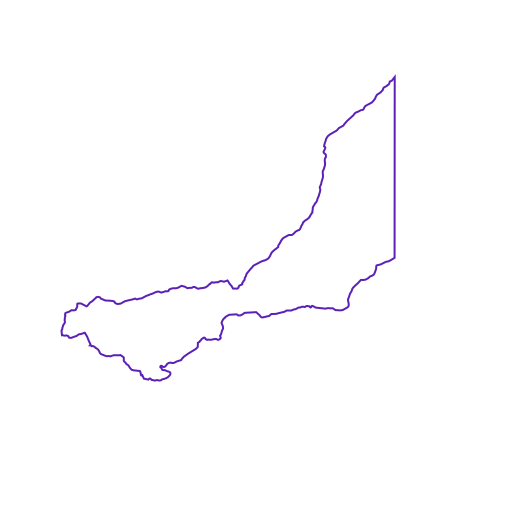 Oreamuno, Cartago, Costa Rica (Robinson projection), rotated 61°
{"feature_id": "36466004B47119988095233", "entity_name": "Oreamuno", "entity_type": "district", "adm_level": 2, "iso_a3": "CRI", "parent_name": "Costa Rica", "parent_adm1": "Cartago", "projection": "robinson", "projection_center": [-83.868, 9.997], "detail": "fine", "context": "isolated", "style": "outline", "palette": "violet", "viewbox_px": 512, "rotation_deg": 61, "n_neighbors": 0, "source": "geoboundaries", "source_scale": "gbopen_adm2", "svg_char_len": 6137}
<svg xmlns="http://www.w3.org/2000/svg" viewBox="0 0 512 512"><g transform="rotate(61 256 256)"><path d="M324.8,135.7L166.7,47.9L168.5,52.2L168.3,54.5L169.8,55.8L170.3,56.9L170.4,58.6L170.7,59.3L170.6,62.2L170.9,63.1L171.3,63.7L172.4,64.8L172.8,66.4L173.3,67.6L173.6,71.8L174.7,73.9L176.2,75.6L176.2,76.0L176.9,77.3L177.9,80.2L177.8,87.6L178.7,89.4L179.7,90.6L179.9,91.1L179.9,91.9L179.4,93.2L179.3,94.1L179.3,96.7L179.0,98.3L179.0,100.1L180.1,102.5L182.0,110.7L183.4,114.6L184.3,116.4L184.3,121.6L185.2,123.9L185.4,125.0L185.5,132.1L185.9,134.6L186.2,135.5L187.7,138.1L189.2,139.4L190.3,140.8L192.6,143.0L193.2,143.3L194.0,142.8L194.7,142.8L195.1,143.0L196.7,145.0L197.0,145.6L197.4,146.2L198.2,146.6L198.9,146.6L200.7,145.9L201.5,145.9L202.9,146.6L203.4,147.0L204.1,148.3L205.1,149.2L206.2,149.8L208.1,150.5L208.3,150.7L208.6,150.7L210.1,151.7L213.1,154.8L214.1,156.4L215.0,157.0L218.5,158.6L220.4,160.0L223.0,162.8L224.6,164.1L226.6,166.7L227.3,167.2L228.7,167.4L229.6,167.9L231.5,169.5L232.4,170.6L233.7,171.7L234.3,172.6L235.9,174.6L237.0,175.6L238.3,177.4L238.4,178.3L240.9,182.6L243.7,184.5L244.3,185.1L245.3,185.6L245.6,186.6L245.8,186.7L247.0,189.1L247.6,189.7L247.8,190.5L248.1,190.7L248.3,191.4L248.7,193.7L248.8,195.8L249.0,196.9L249.3,197.5L249.3,198.1L249.7,198.8L250.4,199.5L251.6,201.6L253.6,204.1L254.2,205.5L253.9,206.9L253.9,209.6L254.8,212.4L255.0,214.1L254.9,214.7L253.8,216.6L253.5,217.6L253.5,223.1L253.8,224.5L254.9,226.8L255.1,226.9L255.9,228.4L256.2,228.6L257.4,231.0L257.7,231.5L258.9,232.2L259.5,235.4L259.5,236.3L260.3,239.7L260.8,241.0L262.9,243.9L263.7,245.4L264.2,246.9L264.2,250.0L264.0,250.5L264.0,251.1L263.7,251.6L263.7,252.5L263.4,253.6L263.2,263.0L264.2,265.2L264.4,266.2L266.5,271.7L267.3,273.2L268.8,274.7L269.6,276.3L271.3,277.5L271.5,278.3L271.9,278.8L271.9,279.2L272.4,279.7L272.8,280.9L273.4,281.5L274.0,281.7L274.1,282.4L273.8,284.9L274.4,286.0L275.2,286.6L275.5,288.1L273.3,291.9L270.7,291.9L267.1,292.6L265.0,292.6L263.6,292.8L263.0,296.4L260.8,298.9L260.6,299.8L260.5,302.2L259.7,303.4L258.7,306.2L257.8,306.9L257.6,307.4L257.8,308.7L258.2,309.4L258.0,310.0L258.9,313.4L258.9,315.9L258.1,318.3L257.1,320.6L256.7,322.3L256.0,323.0L253.9,324.3L253.1,325.0L252.7,326.0L252.7,327.5L252.5,328.1L251.6,329.7L250.9,331.6L248.1,333.3L247.3,334.3L246.1,335.4L246.0,335.8L245.9,340.2L245.1,342.3L244.0,344.1L243.3,346.6L243.3,348.4L244.2,349.5L244.2,350.0L243.7,351.1L243.1,351.8L242.1,356.6L240.1,358.2L239.4,359.4L238.9,361.8L238.8,364.4L238.2,367.5L238.2,368.4L237.7,371.2L237.6,376.3L237.2,377.8L236.5,379.4L236.3,381.0L235.9,381.5L234.7,382.3L234.5,383.0L234.4,384.0L232.1,392.1L232.0,392.9L232.0,397.6L231.6,398.4L231.2,399.9L229.9,401.3L229.0,401.9L227.9,402.1L227.3,401.9L226.1,402.9L224.5,405.1L221.9,409.3L218.1,412.3L216.4,412.6L215.2,413.9L214.8,414.8L214.7,415.9L215.2,416.8L215.2,417.4L216.1,420.9L216.3,423.8L217.6,427.1L217.9,428.1L217.9,428.6L212.7,432.1L211.5,434.1L211.1,435.1L211.3,435.6L213.6,436.9L214.5,438.0L214.9,439.0L215.7,439.7L215.7,440.3L215.1,442.0L214.2,443.2L214.0,443.7L214.1,446.8L213.5,449.7L213.6,450.5L214.5,451.2L214.9,451.7L216.0,451.7L217.1,453.0L218.5,453.8L219.2,454.4L220.4,454.8L221.7,455.6L222.4,456.8L222.7,457.7L224.8,460.0L226.0,460.9L226.6,461.8L227.2,462.4L231.2,464.1L231.4,463.4L232.2,462.9L233.0,461.8L233.7,460.1L235.1,459.0L236.6,459.1L237.4,458.4L238.0,457.3L238.7,452.8L239.0,451.9L238.7,450.1L238.7,448.6L239.3,447.2L239.8,444.8L239.9,443.2L240.3,442.9L244.7,442.8L249.5,443.4L253.2,443.6L253.6,444.4L253.8,444.0L255.1,443.6L255.6,442.5L256.4,441.7L257.1,441.3L258.4,440.9L260.5,439.7L262.7,439.3L263.5,439.3L264.2,439.5L265.6,439.5L266.1,439.4L268.2,437.9L268.7,437.3L269.6,436.8L271.4,434.9L272.1,433.3L273.3,431.8L273.4,430.3L274.0,428.1L274.9,426.7L275.5,425.4L276.1,424.7L276.9,422.6L280.3,420.9L281.0,421.0L283.5,422.4L284.5,422.4L286.2,421.8L287.9,421.7L288.7,421.1L290.0,420.6L292.7,420.5L295.2,419.9L295.6,419.6L296.7,418.4L298.2,416.2L299.2,415.0L299.7,414.0L300.4,413.3L301.7,413.4L302.7,413.7L304.1,414.3L304.9,414.2L305.0,413.2L308.9,413.5L311.9,410.1L311.6,409.2L311.6,408.3L312.1,407.8L313.4,407.5L313.9,407.2L314.7,406.1L315.9,405.0L316.5,402.7L317.9,401.2L318.6,399.6L318.4,397.9L319.1,395.3L319.3,393.8L319.3,392.0L319.0,390.7L318.3,388.8L317.6,388.0L316.9,387.6L315.7,387.7L315.1,388.1L313.9,389.4L311.5,391.2L310.8,392.6L310.0,393.2L307.8,393.0L307.3,393.5L306.6,393.5L306.0,392.7L306.0,392.3L306.4,391.8L308.2,390.8L308.6,389.7L308.6,388.9L308.3,388.0L307.3,385.9L307.2,384.4L307.4,383.4L307.8,382.6L309.2,380.8L309.7,379.6L309.8,376.5L310.3,373.9L310.5,373.4L310.7,371.8L310.1,370.9L309.1,367.9L308.5,362.5L308.1,353.4L307.3,351.0L303.7,348.9L303.7,347.1L303.1,346.0L302.9,344.9L302.3,343.8L302.1,341.3L302.5,340.6L302.9,340.4L304.3,340.4L304.8,339.9L305.7,339.4L305.8,338.5L307.1,336.7L307.9,334.7L308.3,333.1L308.8,332.2L308.9,331.6L309.3,331.0L310.5,330.3L311.1,329.6L311.1,327.3L310.5,326.5L308.3,326.1L307.7,324.8L306.8,323.7L305.7,322.8L304.6,321.6L303.6,320.1L302.9,319.6L300.6,318.9L297.9,318.6L297.4,318.2L295.8,316.0L295.1,314.4L295.1,313.5L294.5,312.3L294.4,309.4L294.5,307.7L297.5,301.5L298.3,300.7L299.4,300.4L300.3,298.6L300.5,298.0L300.5,295.7L300.2,293.5L305.2,283.1L309.5,281.6L311.7,281.3L312.8,280.4L314.8,273.5L314.2,270.7L316.4,266.4L317.0,263.7L318.6,258.2L318.5,255.7L320.8,251.6L321.1,248.6L321.7,247.3L321.7,243.8L322.4,242.5L322.5,241.0L323.2,239.3L324.3,238.1L324.2,236.5L324.4,235.7L325.9,233.7L327.0,233.6L327.4,233.3L327.5,232.7L326.9,231.9L326.8,231.1L327.9,230.1L330.0,228.9L335.3,221.4L335.7,220.8L336.2,219.1L336.9,217.6L338.1,215.9L338.6,214.7L339.3,214.0L341.9,212.7L343.3,210.3L344.0,209.5L345.3,206.5L345.3,201.4L345.2,200.4L344.7,199.4L343.7,198.6L342.8,198.1L339.0,196.9L338.4,196.4L337.4,195.1L334.5,192.0L333.2,189.6L331.4,187.6L330.7,186.2L329.5,181.7L329.4,180.8L327.8,175.9L328.4,174.7L329.2,173.5L329.4,172.5L329.8,171.7L329.8,168.7L329.2,166.2L329.5,164.0L329.4,162.1L328.8,161.0L325.8,157.5L325.2,157.0L323.3,155.8L322.8,155.3L322.8,154.5L323.8,151.1L324.1,144.9L324.8,143.2L324.9,142.4L325.0,141.2L324.8,135.7Z" fill="none" stroke="#5b21b6" stroke-width="2"/></g></svg>